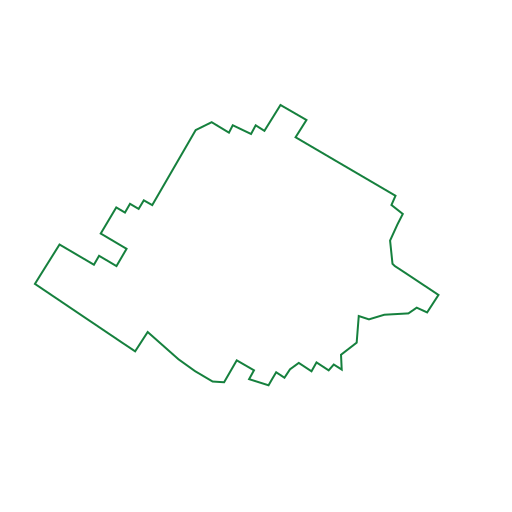 outline of Calhoun, Alabama, United States of America, rotated 210°
{"feature_id": "52423323B11453074056273", "entity_name": "Calhoun", "entity_type": "district", "adm_level": 2, "iso_a3": "USA", "parent_name": "United States of America", "parent_adm1": "Alabama", "projection": "orthographic", "projection_center": [-85.86, 33.762], "detail": "fine", "context": "isolated", "style": "outline", "palette": "green", "viewbox_px": 512, "rotation_deg": 210, "n_neighbors": 0, "source": "geoboundaries", "source_scale": "gbopen_adm2", "svg_char_len": 930}
<svg xmlns="http://www.w3.org/2000/svg" viewBox="0 0 512 512"><g transform="rotate(210 256 256)"><path d="M125.0,200.5L133.0,213.0L125.5,231.3L137.0,255.4L126.5,257.6L115.5,269.3L95.3,282.5L91.0,291.6L79.6,292.7L78.5,313.5L116.5,315.9L130.8,316.7L133.9,317.5L147.6,336.4L149.3,354.0L149.9,365.8L164.2,367.9L165.3,377.9L234.3,378.3L281.1,378.6L280.3,399.0L310.3,399.0L311.3,368.6L321.6,369.0L321.3,359.2L341.5,357.6L341.1,349.3L361.3,349.7L371.2,334.9L371.3,248.2L381.0,248.1L381.2,238.1L391.2,238.2L391.2,228.1L401.3,228.2L401.7,197.8L371.7,197.5L371.8,177.5L392.0,177.7L392.0,167.4L431.9,167.7L433.2,131.4L433.5,121.3L328.4,114.0L313.0,113.0L311.8,136.0L271.5,127.8L251.2,125.8L230.8,125.6L220.5,130.7L220.5,156.0L200.6,156.0L200.4,145.9L180.5,150.3L180.5,158.1L180.4,165.4L170.5,164.8L169.9,174.9L165.5,184.8L150.3,183.9L150.4,194.1L135.9,193.3L134.4,200.9L125.0,200.5Z" fill="none" stroke="#15803d" stroke-width="2"/></g></svg>